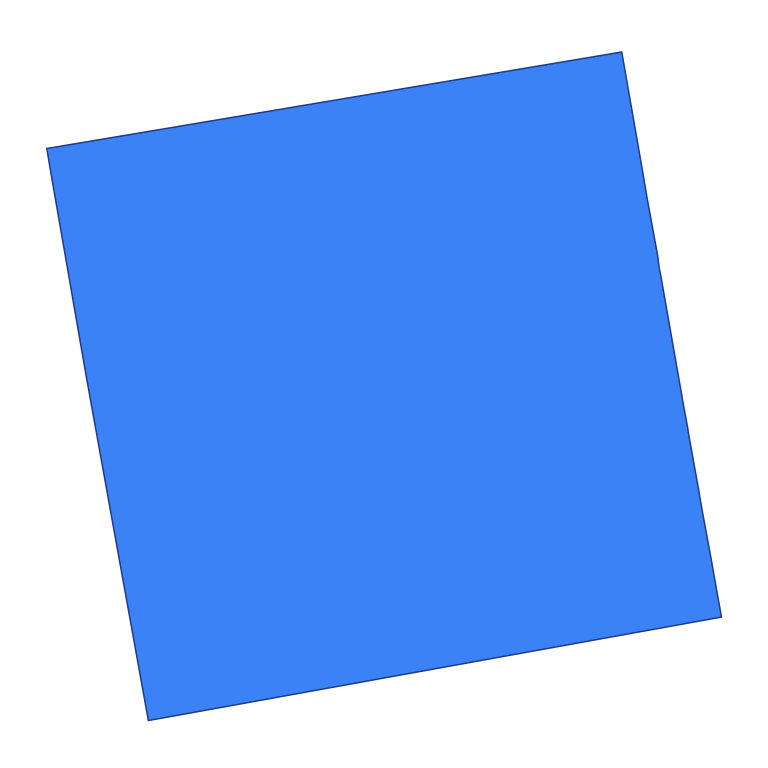 Phillips, Kansas, United States of America, rotated 80°
{"feature_id": "52423323B79305915428191", "entity_name": "Phillips", "entity_type": "district", "adm_level": 2, "iso_a3": "USA", "parent_name": "United States of America", "parent_adm1": "Kansas", "projection": "orthographic", "projection_center": [-99.306, 39.785], "detail": "fine", "context": "isolated", "style": "filled", "palette": "blue", "viewbox_px": 768, "rotation_deg": 80, "n_neighbors": 0, "source": "geoboundaries", "source_scale": "gbopen_adm2", "svg_char_len": 502}
<svg xmlns="http://www.w3.org/2000/svg" viewBox="0 0 768 768"><g transform="rotate(80 384 384)"><path d="M672.1,92.1L653.0,92.2L624.4,92.2L614.6,92.2L566.5,92.6L557.1,92.6L556.9,92.6L548.9,92.6L546.9,92.5L537.9,92.5L518.6,92.6L483.7,92.7L479.9,92.5L450.2,92.8L446.4,92.6L442.2,92.7L326.4,92.6L316.9,92.8L305.7,92.2L246.9,92.6L233.8,92.5L229.5,92.6L228.1,92.5L225.2,92.4L98.3,92.2L93.5,675.2L120.1,675.4L326.4,675.9L674.5,674.5L672.1,92.1Z" fill="#3b82f6" stroke="#1e3a8a" stroke-width="1.5"/></g></svg>